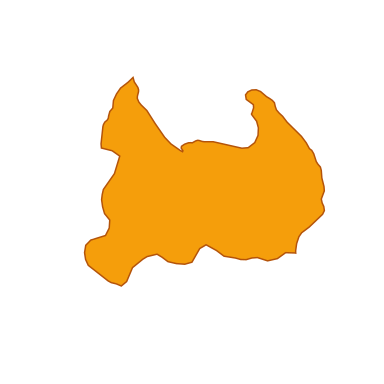 an SVG outline of Bokeo, rotated 127°
{"feature_id": "LAO-3271", "entity_name": "Bokeo", "entity_type": "Province", "adm_level": 1, "iso_a3": "LAO", "parent_name": "Laos", "parent_adm1": "", "projection": "orthographic", "projection_center": [100.56, 20.309], "detail": "fine", "context": "isolated", "style": "filled", "palette": "amber", "viewbox_px": 384, "rotation_deg": 127, "n_neighbors": 0, "source": "natural_earth", "source_scale": "10m", "svg_char_len": 1753}
<svg xmlns="http://www.w3.org/2000/svg" viewBox="0 0 384 384"><g transform="rotate(127 192 192)"><path d="M158.5,79.9L163.4,79.7L170.2,77.4L176.5,73.9L178.4,72.4L178.6,72.9L184.1,80.7L193.8,83.7L201.5,90.2L205.0,100.3L208.7,104.5L213.4,108.0L216.6,112.5L218.6,117.6L224.0,127.8L224.0,137.3L225.7,149.0L232.5,151.8L248.1,149.8L254.0,154.3L258.6,161.4L262.1,169.3L262.1,176.7L262.7,182.5L270.6,189.0L275.2,190.8L288.2,194.0L302.9,190.3L309.6,191.9L310.9,197.1L313.0,202.0L313.5,205.6L313.0,230.7L309.9,236.4L305.1,241.3L298.5,244.8L291.3,243.9L278.8,234.9L270.6,236.4L263.9,240.8L261.9,248.8L257.6,254.5L252.5,259.6L248.0,262.2L243.3,264.3L224.0,265.0L206.8,271.3L207.1,280.6L211.4,290.8L208.3,293.6L193.4,302.5L191.4,303.3L188.6,303.7L185.7,303.0L183.6,303.2L181.4,304.4L177.1,306.1L172.6,305.8L166.2,309.8L159.1,311.3L152.0,311.6L142.8,309.1L136.0,308.0L138.8,304.4L141.1,298.1L142.6,296.1L144.2,295.0L148.3,293.3L150.2,292.0L152.2,288.5L153.1,284.9L154.1,277.1L159.5,262.7L164.8,246.7L166.3,237.7L165.9,226.1L165.5,223.8L164.5,224.1L163.4,227.1L161.8,227.9L158.3,226.7L154.9,224.5L153.3,222.6L152.6,221.4L149.0,219.8L147.4,218.7L146.6,217.4L145.5,214.3L144.5,212.5L139.1,205.3L127.0,178.5L122.8,173.8L114.8,171.6L107.1,173.3L100.8,177.6L96.6,183.0L94.2,191.1L93.8,191.5L92.6,191.7L87.9,193.4L87.3,193.8L85.3,195.6L85.4,204.4L82.2,207.7L78.4,207.7L74.6,205.7L71.7,202.2L70.5,197.7L71.0,189.9L70.6,186.1L70.5,183.0L71.1,179.9L73.5,177.1L75.6,174.0L76.5,170.0L77.0,165.2L79.0,158.1L81.7,138.1L84.0,130.3L86.7,124.3L86.7,121.4L88.2,117.8L92.9,111.1L94.0,108.2L94.8,104.5L97.0,101.7L102.7,96.7L108.2,89.9L111.5,87.0L119.8,84.5L122.4,81.5L124.3,78.0L127.2,75.1L131.2,74.3L149.5,77.3L158.5,79.9Z" fill="#f59e0b" stroke="#b45309" stroke-width="1.5"/></g></svg>